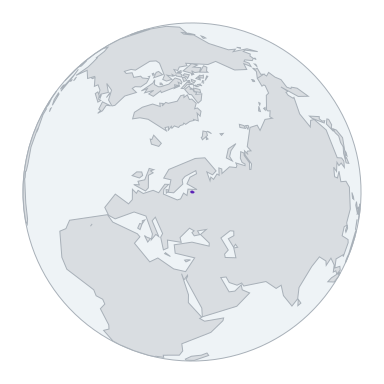 the Earth from above Jõgeva, rotated 18°
{"feature_id": "EST-1657", "entity_name": "Jõgeva", "entity_type": "County", "adm_level": 1, "iso_a3": "EST", "parent_name": "Estonia", "parent_adm1": "", "projection": "orthographic", "projection_center": [26.423, 58.721], "detail": "fine", "context": "on_globe", "style": "filled", "palette": "violet", "viewbox_px": 384, "rotation_deg": 18, "n_neighbors": 0, "source": "natural_earth", "source_scale": "10m", "svg_char_len": 11173}
<svg xmlns="http://www.w3.org/2000/svg" viewBox="0 0 384 384"><g transform="rotate(18 192 192)"><circle cx="192" cy="192" r="169" fill="#eef3f6" stroke="#a8b0b8"/><path d="M76.4,68.7L77.1,68.2L102.0,50.1L84.7,61.5L87.9,59.0L90.5,56.9L98.8,51.2L97.8,52.1L108.2,46.6L116.4,42.4L129.2,39.1L137.6,42.3L132.8,43.5L135.3,44.4L141.5,43.1L145.0,42.1L162.2,45.6L182.7,45.5L189.2,42.7L187.8,45.8L200.0,38.8L211.1,38.2L198.6,40.7L197.3,42.5L204.8,42.8L205.1,44.7L209.0,46.0L208.7,48.4L201.4,50.0L201.0,51.6L206.4,51.8L209.5,54.5L201.6,53.9L206.2,58.6L194.8,62.8L174.1,60.5L167.8,65.8L146.3,71.5L148.2,73.4L141.3,77.1L140.9,80.8L137.0,81.1L140.1,83.8L143.7,82.8L146.2,83.7L146.3,85.9L141.4,86.5L140.6,85.6L139.3,86.9L136.8,86.4L138.1,87.8L132.1,88.6L138.1,91.1L133.4,94.4L129.4,94.0L129.8,89.8L121.3,79.5L117.4,78.4L111.5,80.7L100.5,93.6L96.2,94.2L90.4,98.2L92.8,99.6L98.2,97.1L101.2,101.0L107.4,97.7L109.6,98.9L116.0,97.5L115.1,102.3L110.7,107.9L105.3,109.4L103.2,112.0L108.4,114.5L98.4,121.5L91.9,133.4L89.3,134.9L84.2,130.3L84.0,120.0L77.4,115.1L81.7,123.1L75.2,127.1L74.1,129.9L74.5,132.6L77.0,133.1L74.7,135.6L69.6,128.3L71.5,125.9L73.2,128.1L73.0,123.5L69.5,119.1L66.5,121.7L64.4,113.1L62.2,115.0L60.6,114.3L64.2,111.9L57.6,116.3L54.7,108.7L45.7,116.9L54.5,105.2L57.7,99.3L60.7,93.2L59.2,94.3L65.3,85.3L67.3,80.3L63.0,83.3L56.9,90.6L50.6,99.8L51.1,100.0L47.9,106.3L45.1,108.5L38.7,121.6L36.8,125.3L42.8,112.8L49.8,100.7L57.8,89.4L66.7,78.7L76.4,68.7ZM32.0,137.8L31.9,138.1L29.4,146.1L29.4,147.3L28.7,153.0L26.8,158.0L27.9,157.9L26.4,164.5L26.1,179.9L25.6,179.8L25.0,199.0L27.3,216.2L27.9,223.3L27.3,223.8L28.8,229.6L28.8,231.2L37.4,254.1L44.0,268.6L45.3,273.7L42.7,271.1L43.1,271.8L37.6,260.6L32.9,248.9L29.1,236.9L26.2,224.7L24.3,212.3L23.2,199.7L23.1,187.2L23.9,174.6L25.7,162.2L28.4,149.9L32.0,137.8ZM43.4,118.6L36.2,136.7L37.9,128.9L38.0,129.8L40.4,124.6L43.9,116.6L46.0,110.4L43.4,118.6ZM45.5,121.0L46.6,118.2L45.9,120.6L45.5,121.0ZM146.5,41.4L141.6,42.9L135.9,43.5L139.9,42.0L146.5,41.4ZM157.4,41.3L155.2,42.4L152.5,40.8L154.6,40.7L157.4,41.3ZM193.7,40.4L189.7,40.6L193.5,39.8L193.7,40.4ZM209.5,45.8L210.6,45.2L212.1,46.2L209.5,45.8ZM116.1,95.0L116.0,96.2L114.9,95.8L116.1,95.0ZM118.9,93.3L117.6,91.9L118.8,90.9L119.6,91.8L118.9,93.3ZM213.1,50.8L215.3,52.7L211.8,51.0L213.1,50.8ZM120.3,95.2L121.0,89.3L123.0,87.7L127.8,89.5L120.3,95.2ZM215.7,54.0L221.0,58.8L223.8,57.8L219.0,63.7L216.0,57.5L211.3,55.5L214.8,55.4L215.7,54.0ZM144.8,81.6L140.9,82.7L144.0,79.9L144.8,81.6ZM146.1,79.6L152.0,70.0L157.8,69.7L154.6,72.8L162.0,71.0L161.9,75.5L157.8,77.5L154.1,76.8L156.9,79.1L146.1,79.6ZM215.5,66.3L215.7,67.8L214.1,66.6L215.5,66.3ZM147.5,83.9L148.2,81.9L153.2,81.4L152.7,85.3L151.3,84.2L147.5,83.9ZM164.0,68.4L167.6,68.8L168.5,72.5L170.1,73.2L162.4,75.6L164.0,68.4ZM150.2,85.4L152.4,87.3L150.1,89.5L147.2,85.8L150.2,85.4ZM154.7,79.7L157.0,79.7L155.6,80.9L154.7,79.7ZM143.3,98.8L144.0,96.3L146.7,95.8L143.3,98.8ZM153.4,87.9L154.1,87.1L155.3,86.7L156.2,88.4L153.4,87.9ZM163.6,78.1L163.2,79.6L166.7,77.3L167.6,80.2L162.3,81.2L164.9,82.0L165.2,82.9L160.6,82.8L163.6,78.1ZM160.6,88.9L154.1,91.5L152.2,96.2L149.8,96.8L153.3,89.1L160.6,88.9ZM161.0,85.3L160.2,87.6L157.6,87.0L156.5,85.1L161.0,85.3ZM170.1,81.8L170.1,77.1L171.3,77.1L170.1,81.8ZM160.5,90.4L162.1,89.7L160.7,90.8L160.5,90.4ZM167.7,84.5L167.6,82.8L168.9,82.8L167.7,84.5ZM165.3,89.9L163.2,90.7L162.4,89.4L165.3,89.9ZM166.8,87.5L168.7,87.9L163.4,88.4L166.6,86.8L166.8,87.5ZM169.0,84.7L169.7,84.2L168.8,85.4L169.0,84.7ZM169.5,94.7L163.1,95.7L161.3,92.6L167.8,92.1L169.5,94.7ZM170.2,359.5L162.8,358.1L150.7,350.9L155.4,348.0L153.9,344.1L140.9,331.3L143.7,325.5L140.2,321.6L132.9,320.3L128.8,315.4L124.4,313.8L96.8,304.1L88.4,294.3L78.4,270.1L83.4,265.8L84.3,256.7L118.6,239.7L125.9,245.1L152.9,248.6L156.3,250.7L153.1,258.5L173.4,271.5L179.9,265.3L198.3,270.8L210.5,269.7L214.9,253.8L194.9,255.4L191.4,247.7L207.5,239.7L225.0,238.2L224.2,235.2L213.2,229.8L217.2,223.2L209.3,227.3L212.5,230.2L207.7,233.0L204.5,230.6L206.0,228.3L200.8,227.2L194.7,239.0L197.3,243.2L183.5,245.3L186.4,252.6L182.7,255.9L176.2,244.7L176.9,240.6L164.9,227.3L163.0,231.7L174.2,244.7L170.7,243.5L168.1,250.0L167.3,244.1L155.6,229.1L143.1,228.9L127.2,241.3L119.9,239.9L113.8,233.6L119.7,217.7L135.3,222.9L137.6,217.7L134.5,207.8L139.5,210.4L140.2,207.1L146.1,208.5L154.5,202.4L160.5,203.0L163.8,193.0L167.4,192.0L164.4,198.1L165.5,202.8L180.4,204.1L183.3,202.1L184.3,195.6L188.3,196.9L187.3,190.5L196.0,188.1L184.7,185.8L185.5,178.6L190.7,173.2L189.0,170.5L180.5,179.4L178.9,183.4L180.8,187.3L174.8,198.4L169.6,199.6L168.2,186.9L160.8,187.5L163.0,177.7L184.7,159.1L193.7,155.5L208.4,164.5L206.2,169.3L199.9,168.3L205.7,175.8L205.3,172.0L208.6,173.3L210.2,167.1L212.6,167.7L210.1,160.8L213.2,160.9L214.8,165.2L219.9,156.5L226.5,155.1L226.5,152.8L224.7,150.8L234.3,150.6L233.8,149.0L230.5,148.4L227.5,144.9L225.9,138.6L229.3,138.9L230.4,141.2L237.7,146.5L239.9,152.8L241.1,152.3L240.0,146.9L231.1,140.4L229.2,136.6L233.8,139.0L232.0,137.8L232.1,136.0L235.4,134.6L230.5,131.7L227.2,112.7L233.3,108.3L237.7,112.4L239.0,100.4L245.7,97.0L242.7,96.4L241.2,90.6L239.1,91.5L237.5,90.8L232.8,77.1L234.3,74.3L228.8,68.3L227.2,68.0L225.8,69.7L219.0,63.7L223.8,57.8L227.1,58.6L227.9,54.6L235.4,57.1L241.9,57.6L249.7,63.0L254.2,63.1L254.0,61.6L259.9,60.8L273.0,65.0L263.5,68.3L244.1,64.6L252.1,66.6L250.6,68.2L253.6,70.3L259.2,71.6L259.7,70.5L270.3,84.5L284.4,93.6L282.7,87.2L285.8,85.3L300.4,91.5L319.5,114.5L323.8,113.4L326.9,115.7L329.3,121.6L324.9,118.4L323.6,121.5L320.7,118.9L323.1,127.8L319.1,124.6L322.9,133.4L326.0,133.7L325.4,126.8L330.4,136.2L335.1,134.2L340.2,138.8L347.8,159.3L348.6,173.2L349.6,175.6L347.5,178.0L348.3,187.2L355.1,189.0L356.2,192.0L355.8,206.8L355.2,204.9L349.7,211.1L351.3,220.1L355.6,217.0L357.1,220.5L355.0,225.2L353.1,222.5L351.1,224.5L349.8,217.5L344.6,212.0L342.3,220.3L340.7,216.2L333.2,214.3L328.9,225.9L323.3,249.8L325.5,260.9L322.3,269.6L311.0,262.3L305.6,253.1L301.8,257.7L290.0,254.3L270.3,265.4L267.3,263.2L263.7,266.7L255.4,266.6L250.7,262.3L245.8,264.5L258.1,275.5L263.4,273.0L267.5,265.1L270.0,269.5L278.0,270.2L269.9,286.8L240.4,307.5L237.2,299.4L213.3,276.9L213.9,273.5L213.7,273.1L213.4,272.5L211.5,278.1L207.3,272.9L220.4,290.8L222.7,298.3L240.0,308.1L238.4,309.9L243.9,311.0L261.0,302.0L261.2,304.8L253.3,319.7L229.2,339.5L232.3,346.0L230.4,351.1L215.1,356.1L216.2,358.0L208.3,359.4L207.7,360.0L201.2,360.7L200.8,360.7L185.5,360.8L170.2,359.5ZM106.9,253.2L106.0,255.9L106.9,253.2ZM243.8,244.0L254.1,241.0L249.0,232.3L252.5,230.5L249.5,228.3L248.6,231.7L241.0,225.2L245.3,220.6L243.8,216.3L240.2,217.1L233.7,226.8L244.4,236.0L242.2,241.0L243.8,244.0ZM26.1,180.3L25.8,183.2L25.7,180.7L26.1,180.3ZM36.9,129.6L36.0,132.7L35.1,135.0L35.6,132.9L36.9,129.6ZM32.1,155.7L31.6,159.7L31.6,156.3L32.1,155.7ZM35.4,139.4L32.4,152.7L32.4,146.7L34.5,138.5L33.8,143.1L35.4,139.4ZM43.5,121.9L42.6,124.1L42.0,124.3L43.5,121.9ZM45.0,122.8L45.2,122.1L46.1,120.5L45.0,122.8ZM75.5,127.5L75.8,128.2L75.6,131.1L74.6,130.2L75.5,127.5ZM81.7,142.5L78.0,146.3L79.9,142.8L77.7,142.0L79.0,133.9L88.1,135.2L83.7,136.0L81.7,142.5ZM83.3,123.9L81.4,128.6L83.1,123.4L83.3,123.9ZM138.0,188.5L140.0,191.5L137.6,194.9L130.0,194.9L133.3,189.9L138.0,188.5ZM143.3,195.0L144.0,182.8L148.8,182.6L146.0,184.7L149.1,185.8L145.4,189.6L149.2,201.6L147.4,205.4L134.3,202.9L139.6,201.5L137.3,198.5L143.3,195.0ZM137.6,154.5L138.0,149.8L147.8,155.2L146.3,158.9L138.6,159.0L135.9,154.6L137.6,154.5ZM128.5,99.8L128.0,98.2L129.4,97.9L130.9,99.1L128.5,99.8ZM143.4,97.7L132.1,107.0L130.9,105.5L125.6,113.0L120.6,112.1L124.2,107.2L116.3,112.3L117.6,107.5L112.6,111.5L121.1,100.6L121.9,96.7L123.0,101.4L127.6,102.3L129.8,101.5L136.7,96.5L140.7,88.8L145.9,88.7L148.5,90.7L148.4,92.5L145.0,91.9L147.2,94.8L142.3,95.4L143.4,97.7ZM176.3,117.4L172.5,115.4L176.0,122.4L171.1,122.5L171.8,123.3L168.2,125.5L165.1,129.6L162.9,129.0L162.7,130.8L160.3,132.4L159.2,134.8L154.8,134.6L153.2,137.6L152.0,135.9L150.3,141.1L149.6,137.2L146.5,139.0L148.8,141.8L127.8,136.4L119.5,137.5L112.9,140.8L112.6,134.0L118.6,126.7L127.4,120.5L135.4,120.5L133.8,117.5L137.2,116.7L137.1,119.4L139.3,114.9L142.0,115.0L149.9,110.2L151.5,103.9L154.4,102.1L155.1,104.6L157.5,101.1L160.9,104.8L163.1,103.7L168.6,106.3L168.8,112.0L171.2,110.4L175.6,112.4L176.3,117.4ZM171.0,95.6L172.4,102.1L170.3,105.6L161.5,99.6L159.1,100.1L153.4,96.7L156.5,91.9L157.8,93.3L159.8,93.6L158.1,95.0L161.0,94.1L162.9,96.0L165.7,95.8L165.4,98.0L171.0,95.6ZM160.2,248.1L162.8,248.9L166.9,249.1L165.4,253.3L160.2,248.1ZM152.0,238.1L154.4,238.0L154.2,243.8L151.5,243.1L152.0,238.1ZM155.8,233.1L154.5,237.5L153.6,234.7L155.8,233.1ZM166.6,197.7L169.1,197.3L169.3,198.8L167.9,201.0L166.6,197.7ZM185.8,139.1L183.9,137.2L184.7,136.3L183.6,130.6L187.2,130.2L189.2,133.5L185.8,139.1ZM211.5,257.0L207.9,260.3L206.0,259.1L207.7,258.2L211.5,257.0ZM185.5,257.9L191.4,260.0L185.0,259.1L185.5,257.9ZM189.5,137.7L188.6,135.4L190.9,136.6L189.5,137.7ZM189.8,129.6L192.5,130.5L187.5,129.5L189.8,129.6ZM258.4,342.3L246.1,351.5L238.3,353.8L237.3,353.0L242.2,348.4L251.3,344.3L256.0,340.5L258.4,342.3ZM356.9,228.8L357.3,226.9L357.6,225.8L356.9,228.8ZM357.2,227.4L355.0,233.7L348.9,235.4L351.1,230.6L356.9,223.3L356.6,225.5L358.0,222.5L357.2,227.4ZM360.0,210.2L359.8,212.1L359.5,210.1L359.7,205.9L360.2,202.4L359.7,179.7L360.0,176.8L360.7,184.8L360.8,184.3L360.9,197.2L360.0,210.2ZM326.2,261.2L329.9,264.0L327.8,267.4L326.2,261.2ZM357.8,167.8L359.1,177.4L357.4,167.1L357.8,167.8ZM355.8,160.0L356.6,161.5L355.9,162.0L355.8,160.0ZM351.2,178.4L350.8,182.7L349.9,181.4L349.9,175.2L351.2,178.4ZM344.2,143.0L347.2,147.0L348.2,149.1L346.6,148.4L344.2,143.0ZM218.8,132.4L216.3,140.6L216.8,146.6L220.8,150.0L214.1,149.0L213.2,139.7L218.8,132.4ZM225.8,115.0L222.3,112.4L224.5,111.4L225.6,111.9L225.8,115.0ZM223.2,115.0L217.6,115.8L216.1,113.0L220.8,112.8L223.2,115.0ZM203.6,126.6L202.6,129.0L200.7,127.9L203.6,126.6ZM358.1,161.1L358.1,162.1L358.9,167.3L356.5,154.9L357.0,155.9L358.1,161.1ZM356.8,157.7L357.6,162.4L356.2,156.0L356.8,157.7ZM357.4,162.3L356.6,160.5L356.4,157.9L357.4,162.3ZM356.5,155.8L355.0,151.4L355.6,152.1L356.5,155.8ZM354.5,156.8L355.5,154.2L355.6,160.7L351.8,153.9L351.4,150.3L354.5,156.8ZM328.3,109.9L326.2,108.9L324.8,105.4L326.6,107.1L328.3,109.9ZM318.4,93.8L323.8,104.2L327.8,112.9L328.3,111.6L332.3,116.3L329.6,116.7L324.2,108.3L321.8,102.3L318.0,99.0L314.2,93.4L309.7,91.3L307.0,88.3L310.2,88.5L318.4,93.8ZM307.9,90.7L298.8,85.8L297.7,80.8L299.5,80.7L304.1,85.0L304.4,87.4L307.9,90.7ZM296.2,83.2L296.4,85.5L283.3,84.8L280.3,83.5L289.7,81.0L290.4,83.1L293.8,84.3L296.2,83.2ZM217.4,67.6L215.8,67.8L216.7,66.7L217.4,67.6ZM236.4,91.5L234.3,90.4L235.4,89.0L236.4,91.5ZM229.4,86.5L229.6,88.9L227.9,86.3L229.4,86.5ZM230.3,94.3L229.0,89.8L232.2,94.3L230.3,94.3Z" fill="#d9dde1" stroke="#a8b0b8" stroke-width="1"/><path d="M193.6,191.7L193.5,191.9L193.5,192.0L193.1,192.1L192.9,192.2L192.9,192.3L192.7,192.3L192.6,192.5L192.4,192.5L192.2,192.6L191.9,192.6L191.7,192.7L191.4,192.6L191.3,192.4L191.2,192.4L191.0,192.2L191.1,191.9L191.3,191.8L191.3,191.7L191.5,191.7L191.8,191.4L191.9,191.5L192.0,191.5L192.1,191.4L192.3,191.3L192.5,191.3L192.5,191.5L192.8,191.6L193.6,191.7L193.6,191.7Z" fill="#8b5cf6" stroke="#5b21b6" stroke-width="1.5"/></g></svg>